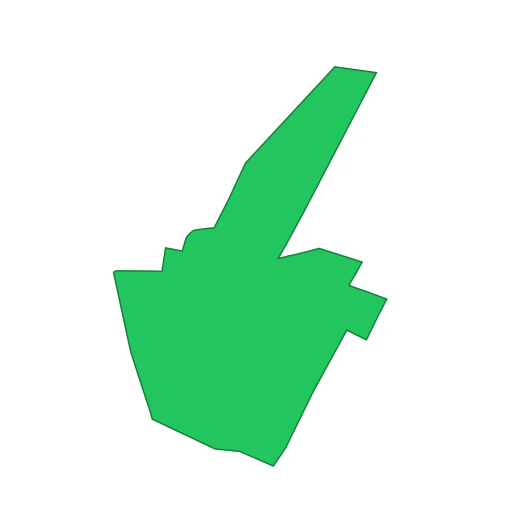 the district of Gwanda Urban, Matabeleland South, Zimbabwe, rotated 101°
{"feature_id": "62879985B63510140227201", "entity_name": "Gwanda Urban", "entity_type": "district", "adm_level": 2, "iso_a3": "ZWE", "parent_name": "Zimbabwe", "parent_adm1": "Matabeleland South", "projection": "natural_earth1", "projection_center": [28.998, -20.935], "detail": "fine", "context": "isolated", "style": "filled", "palette": "green", "viewbox_px": 512, "rotation_deg": 101, "n_neighbors": 0, "source": "geoboundaries", "source_scale": "gbopen_adm2", "svg_char_len": 889}
<svg xmlns="http://www.w3.org/2000/svg" viewBox="0 0 512 512"><g transform="rotate(101 256 256)"><path d="M270.2,138.5L268.3,151.7L267.8,154.7L267.0,159.3L254.9,154.9L241.7,150.7L236.5,195.5L240.8,204.3L242.9,208.7L244.4,212.0L246.1,215.4L247.1,217.9L247.9,219.6L248.7,221.4L249.3,223.2L250.4,225.5L251.6,227.7L254.1,233.8L240.9,229.2L223.2,223.6L204.6,217.8L53.1,172.8L55.3,214.7L166.7,284.0L205.8,293.7L236.2,302.4L237.0,304.8L239.5,313.0L239.8,313.6L242.2,320.9L243.4,322.8L246.2,324.9L249.0,326.9L252.0,328.1L265.2,329.3L265.3,346.3L289.2,345.3L289.9,351.0L297.1,389.8L298.1,391.8L298.5,392.3L299.6,392.6L374.6,360.4L429.4,329.9L436.0,326.7L453.1,259.8L453.2,259.6L450.9,234.8L458.9,198.9L444.6,192.8L439.2,190.5L423.8,186.3L377.2,173.7L311.7,152.8L311.4,152.7L317.3,131.7L295.5,125.8L291.2,124.7L273.4,119.4L270.2,138.5Z" fill="#22c55e" stroke="#15803d" stroke-width="1.5"/></g></svg>